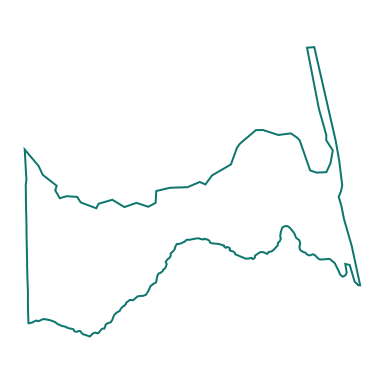 Escambia, Florida, United States of America, rotated 269°
{"feature_id": "52423323B97123089850170", "entity_name": "Escambia", "entity_type": "district", "adm_level": 2, "iso_a3": "USA", "parent_name": "United States of America", "parent_adm1": "Florida", "projection": "mercator", "projection_center": [-87.428, 30.64], "detail": "fine", "context": "isolated", "style": "outline", "palette": "teal", "viewbox_px": 384, "rotation_deg": 269, "n_neighbors": 0, "source": "geoboundaries", "source_scale": "gbopen_adm2", "svg_char_len": 3498}
<svg xmlns="http://www.w3.org/2000/svg" viewBox="0 0 384 384"><g transform="rotate(269 192 192)"><path d="M63.7,26.2L63.6,27.0L64.6,30.8L65.9,33.0L66.2,34.3L65.6,35.5L65.6,36.1L66.0,37.6L66.9,39.3L67.6,41.6L66.4,47.6L64.5,52.4L63.9,53.5L63.0,54.3L62.2,55.6L60.1,60.2L60.0,61.4L59.2,63.8L58.5,64.8L57.6,67.6L57.3,69.6L56.9,70.9L55.0,72.0L54.4,72.7L54.3,74.5L54.9,76.2L55.0,77.4L54.5,78.3L53.5,78.7L51.5,80.8L51.3,81.9L49.3,87.4L52.0,90.1L52.8,91.5L53.1,92.7L52.7,93.9L52.4,95.7L52.9,96.4L53.6,96.8L56.4,99.2L57.1,100.8L56.9,101.9L58.9,102.8L61.0,103.4L61.8,104.7L62.6,106.3L63.1,108.4L65.5,110.1L68.1,111.0L70.5,112.2L72.5,114.2L74.4,117.7L76.0,118.4L77.5,119.7L79.2,121.6L79.4,122.4L81.3,124.0L82.0,124.0L82.4,124.4L85.2,127.9L85.0,130.0L84.7,131.0L86.3,133.1L88.3,135.4L88.6,135.9L89.0,139.0L89.0,141.3L90.1,144.2L93.7,146.6L98.5,148.8L101.1,152.2L102.2,154.4L104.1,155.0L104.4,154.9L108.3,155.8L110.6,156.7L111.2,157.4L111.3,158.4L113.3,161.3L114.9,161.9L116.0,163.6L116.6,164.0L120.3,165.5L122.5,164.5L123.3,164.9L125.6,166.9L126.1,167.8L127.1,168.8L128.6,169.6L130.9,169.6L133.1,172.1L135.2,173.7L137.9,174.5L140.2,175.9L140.4,176.4L140.2,177.4L140.7,179.8L142.7,184.2L142.9,184.2L144.1,185.5L144.5,187.3L144.1,188.4L144.6,190.3L145.6,196.4L145.5,198.2L145.2,199.0L144.7,199.9L144.4,202.5L144.4,202.9L145.0,203.4L145.0,203.6L144.1,206.7L143.3,208.1L142.5,208.7L141.2,209.1L140.4,210.7L139.5,218.3L137.9,223.1L137.2,223.0L136.5,223.5L135.7,224.6L135.6,224.8L136.2,225.5L136.4,226.3L135.6,228.4L134.7,228.9L134.1,229.0L133.9,228.6L133.7,228.6L132.6,229.2L131.9,231.9L130.5,233.7L129.1,234.1L128.9,234.3L124.4,244.5L124.5,247.6L125.1,250.1L125.0,250.5L124.5,250.7L124.1,251.2L124.0,251.5L124.0,252.2L125.2,253.5L125.8,253.9L127.2,253.9L127.7,254.5L130.6,259.0L130.8,261.1L129.9,264.0L128.8,266.0L129.2,266.6L130.4,267.3L130.8,267.8L131.2,270.6L133.0,272.9L137.2,276.8L139.9,277.2L141.1,278.8L143.1,279.7L144.2,279.9L146.2,279.4L150.5,280.1L154.7,281.6L155.5,282.6L156.2,284.5L156.3,286.3L155.7,287.8L154.5,289.2L150.1,292.7L149.2,293.3L148.4,293.8L144.7,295.1L143.5,296.3L142.3,298.0L141.6,298.5L139.5,299.2L137.7,299.1L135.4,298.5L134.0,298.6L132.6,299.0L131.2,300.3L130.8,301.0L130.3,301.8L129.3,304.4L128.1,305.2L126.8,307.2L126.6,308.5L126.7,309.4L127.6,311.5L127.6,312.1L126.3,314.2L123.4,316.9L122.5,318.4L122.3,319.4L122.3,321.6L122.7,328.1L122.2,329.1L119.1,332.7L117.9,333.8L117.1,334.1L110.6,337.2L106.9,338.7L104.7,341.2L106.0,344.0L108.8,345.3L117.4,344.0L116.3,348.4L99.4,353.1L95.8,356.9L95.8,358.5L135.1,350.8L162.7,343.4L175.1,341.2L184.7,338.6L189.7,340.8L195.7,342.3L220.3,339.8L240.5,336.6L334.7,316.8L334.3,309.5L272.7,320.4L246.5,327.3L241.5,327.1L231.1,333.5L218.4,331.0L209.5,326.7L209.2,316.9L211.5,310.5L241.7,300.6L244.4,298.2L248.9,291.9L247.5,279.3L252.8,263.9L252.7,256.9L239.6,240.9L235.6,237.8L218.9,231.4L208.2,212.3L199.3,205.5L201.9,199.9L196.9,187.7L196.6,169.9L193.6,156.3L181.8,155.4L178.0,148.1L182.1,136.2L178.1,124.2L185.6,112.2L181.9,98.4L177.4,96.0L183.5,80.6L189.1,77.1L190.0,66.7L188.1,59.7L196.0,55.3L200.6,56.8L211.7,43.1L220.8,39.0L237.3,25.5L212.9,26.4L211.0,26.5L207.7,26.7L200.8,25.8L200.6,25.9L200.0,25.9L199.6,25.9L198.9,25.9L198.6,25.9L196.6,25.9L187.3,25.8L186.5,25.8L182.2,25.8L181.3,25.9L178.0,25.8L169.3,25.9L160.7,25.9L157.3,25.9L155.8,25.8L132.7,25.9L130.1,25.9L123.1,25.9L120.8,25.8L119.6,25.8L118.4,25.9L116.4,25.9L111.6,25.9L111.2,25.9L95.3,26.2L83.8,26.0L74.7,26.0L63.7,26.2Z" fill="none" stroke="#0f766e" stroke-width="2"/></g></svg>